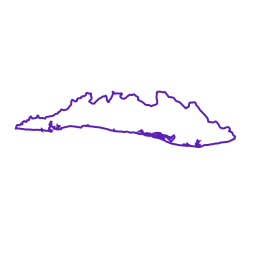 the State of Kerala, rotated 299°
{"feature_id": "IND-2442", "entity_name": "Kerala", "entity_type": "State", "adm_level": 1, "iso_a3": "IND", "parent_name": "India", "parent_adm1": "", "projection": "orthographic", "projection_center": [76.221, 10.533], "detail": "fine", "context": "isolated", "style": "outline", "palette": "violet", "viewbox_px": 256, "rotation_deg": 299, "n_neighbors": 0, "source": "natural_earth", "source_scale": "10m", "svg_char_len": 5839}
<svg xmlns="http://www.w3.org/2000/svg" viewBox="0 0 256 256"><g transform="rotate(299 128 128)"><path d="M88.8,62.8L88.3,63.0L88.2,63.2L88.3,63.4L87.6,62.8L87.3,61.9L87.1,60.4L85.5,56.7L85.0,54.6L85.3,52.9L84.8,53.0L83.9,54.0L83.9,53.0L83.6,52.0L82.9,50.3L80.2,45.6L79.8,44.3L79.1,43.5L78.8,42.2L77.5,40.2L74.3,31.9L73.2,30.2L75.1,29.6L76.1,29.6L76.9,29.7L77.3,30.2L77.7,31.7L78.2,32.1L79.6,32.3L79.5,33.0L79.8,33.5L80.5,33.7L81.5,33.0L82.1,33.0L83.7,33.9L83.8,34.0L83.6,35.1L83.8,35.7L84.2,36.2L84.5,36.3L85.4,36.0L85.8,36.0L86.7,37.2L87.3,37.6L87.8,37.6L88.5,37.0L89.1,36.9L91.0,37.5L90.7,38.4L90.1,39.1L90.0,39.6L90.2,40.2L90.7,40.8L91.4,41.8L91.9,42.1L92.6,43.1L92.8,43.2L94.6,42.8L95.0,42.9L95.2,43.2L94.9,44.0L94.1,44.7L94.0,45.0L93.9,46.1L94.2,46.7L95.2,48.0L96.0,50.9L97.6,51.0L98.3,51.6L102.3,56.4L103.0,57.0L104.3,57.3L105.3,57.9L106.3,59.3L106.5,59.5L107.7,59.3L109.4,60.4L110.0,60.6L111.2,60.5L111.9,60.8L112.3,62.6L112.6,63.4L113.5,64.5L114.2,65.2L114.9,65.7L116.3,66.2L118.1,66.3L120.5,66.9L121.4,66.8L123.0,65.9L124.5,65.4L125.3,65.4L125.6,65.6L125.7,66.0L125.7,69.1L126.4,69.9L127.1,70.1L128.1,69.6L129.3,69.8L130.1,70.5L131.3,72.3L131.8,72.4L132.5,72.1L133.2,72.3L134.5,74.0L135.4,74.8L136.9,75.1L138.1,74.7L138.5,74.8L138.8,75.0L139.1,75.8L139.3,77.6L140.1,78.7L140.0,79.2L138.7,79.6L138.2,79.9L137.2,81.3L136.7,81.7L135.7,81.9L135.0,81.9L133.6,81.3L132.5,81.2L132.1,82.0L132.3,83.1L132.0,84.4L132.5,85.9L133.1,86.7L135.1,87.0L139.7,88.5L141.4,89.8L143.0,90.4L143.4,90.8L144.3,92.2L145.4,92.8L145.1,93.9L142.5,95.8L141.2,97.4L141.1,98.2L141.4,98.5L142.2,98.6L143.4,98.2L145.4,98.8L149.7,98.5L150.6,98.2L152.1,97.1L152.3,97.2L152.3,98.3L151.8,99.3L151.7,100.0L152.0,100.5L153.0,101.5L154.2,104.5L155.1,105.3L155.1,105.6L154.9,106.0L154.2,106.3L152.6,105.8L152.2,105.8L151.7,106.1L151.3,106.8L151.0,108.1L151.3,109.5L151.8,110.5L152.4,111.0L153.1,111.4L155.2,112.0L157.8,113.3L158.9,115.7L160.1,116.5L160.4,117.2L159.9,119.4L159.8,121.7L159.3,122.3L158.8,122.6L157.8,122.8L157.5,123.1L157.5,123.7L157.7,127.2L157.5,129.5L157.1,130.8L156.9,132.2L157.3,133.6L158.2,135.1L158.3,135.6L158.2,137.3L158.4,137.8L160.1,139.1L161.8,140.9L163.3,141.6L164.6,141.2L166.1,140.2L168.4,138.1L170.9,137.1L172.4,136.3L173.4,136.0L174.3,136.7L175.6,138.9L175.9,140.6L176.2,141.2L176.4,141.6L177.1,142.1L177.2,142.4L177.1,143.7L174.9,148.5L174.9,148.8L175.6,150.2L176.5,153.0L176.5,153.4L176.3,154.1L175.1,156.4L175.0,157.0L175.0,157.5L175.5,160.2L175.5,161.0L173.4,168.3L173.3,169.0L173.6,169.4L175.0,169.9L175.8,170.7L176.6,170.7L178.6,169.8L180.0,169.7L180.5,170.2L181.1,171.6L182.5,173.2L182.8,173.8L182.7,174.9L181.3,176.3L179.9,180.1L178.8,181.9L176.3,189.8L175.3,192.3L174.4,193.6L172.5,195.1L172.6,195.8L174.1,199.8L175.9,201.1L176.3,201.7L175.5,204.6L173.2,208.1L173.1,208.5L173.5,210.9L174.2,212.1L176.2,213.7L177.0,214.6L177.4,215.4L177.4,215.9L176.8,217.2L175.9,218.0L175.1,218.4L174.5,217.9L174.3,217.9L174.3,218.9L174.7,220.6L174.2,221.7L173.3,222.8L172.8,223.7L172.6,224.2L172.6,225.5L172.1,226.0L171.7,226.1L170.6,226.0L170.2,226.4L165.2,222.8L163.8,221.2L160.2,216.2L157.9,214.0L157.3,212.6L154.2,209.0L153.7,208.0L152.2,206.6L150.6,204.0L150.0,203.1L146.2,200.0L145.6,199.0L145.8,198.5L146.3,198.5L146.9,199.4L147.6,199.2L148.9,198.5L147.2,198.7L146.8,198.2L146.9,197.7L147.7,196.6L148.2,196.4L150.5,196.7L149.5,195.8L151.0,195.2L151.0,194.9L150.5,194.7L149.9,194.8L149.4,195.1L148.9,195.8L148.3,195.7L147.3,195.2L147.0,195.5L146.5,196.8L146.2,197.3L145.9,196.7L146.4,196.1L146.5,195.4L145.8,195.9L145.4,196.4L145.2,197.0L145.3,197.9L144.9,197.5L144.6,196.9L144.3,195.1L143.7,194.2L143.2,192.8L142.0,190.2L142.1,189.1L142.4,190.1L142.7,190.1L142.9,187.7L142.5,188.0L142.4,188.6L142.1,188.6L141.2,185.9L140.6,184.5L140.0,184.4L140.1,184.9L141.4,188.2L141.5,188.8L141.2,188.8L137.8,181.0L135.5,173.6L134.7,167.5L134.9,166.4L134.1,159.8L133.0,156.5L132.7,156.1L132.3,153.5L132.9,153.0L133.7,153.6L134.4,154.5L134.6,155.4L134.4,155.6L133.4,155.3L133.2,155.4L133.3,156.5L133.6,156.8L134.1,157.1L134.4,156.2L134.6,156.8L134.5,157.5L134.2,158.3L135.0,158.1L135.2,157.7L134.9,157.1L135.4,156.7L136.7,164.6L137.0,164.6L137.1,163.4L136.7,160.6L137.0,159.5L136.1,158.1L135.9,157.5L136.4,157.1L137.6,159.5L137.6,161.6L138.0,163.9L138.4,164.7L139.1,165.5L139.0,166.2L138.2,167.9L137.3,171.8L137.5,172.4L140.5,173.1L140.9,173.0L141.9,173.4L142.7,173.1L143.8,171.8L141.5,170.5L140.6,170.9L139.7,170.3L140.2,169.2L140.0,167.3L140.0,165.3L139.8,164.5L139.5,164.1L139.1,164.3L139.1,162.5L138.5,160.8L138.7,160.1L139.2,159.2L139.1,158.3L137.8,155.8L137.6,155.1L135.9,153.5L135.5,152.9L134.8,153.5L134.1,152.4L133.7,150.7L133.9,149.8L133.1,149.3L132.7,146.9L132.3,146.9L131.9,146.6L131.4,145.4L131.0,146.3L132.0,148.5L132.1,150.3L132.6,152.0L131.9,151.4L131.4,150.3L130.0,146.8L130.1,145.1L129.8,144.6L129.8,143.9L131.8,142.8L132.3,142.2L132.5,141.6L132.5,140.9L131.7,141.1L131.0,139.9L130.5,139.6L131.1,141.1L131.1,141.9L130.8,142.7L130.0,143.1L129.5,142.9L128.7,141.8L128.1,140.0L127.3,136.4L126.7,134.6L125.1,132.5L124.4,128.9L124.0,128.2L122.5,126.6L122.1,124.9L119.5,119.6L119.2,118.5L118.8,117.9L118.7,117.4L118.9,117.2L119.6,116.5L118.3,116.0L117.6,114.2L117.0,110.6L114.9,103.3L111.1,94.0L110.6,93.1L110.5,92.5L111.0,92.2L111.1,91.9L110.8,91.3L110.2,91.5L109.7,90.9L109.1,89.2L108.3,87.9L107.8,87.3L105.7,86.8L105.4,86.3L105.0,84.7L104.2,83.5L104.3,82.9L102.0,77.2L101.0,75.7L95.6,69.7L94.5,70.0L94.3,69.4L93.2,68.2L92.5,66.7L93.3,66.6L96.5,67.3L96.5,67.0L95.9,66.6L95.7,66.2L96.2,64.9L95.6,65.1L94.8,65.9L94.3,66.1L93.5,66.0L92.9,65.7L92.3,65.2L91.3,63.6L91.4,63.3L92.8,63.4L93.4,63.2L93.2,62.8L92.4,61.9L92.4,61.2L92.3,60.7L92.6,59.7L93.2,59.1L93.8,59.5L95.7,58.1L96.3,58.1L96.3,57.5L95.7,57.3L94.5,57.8L93.2,57.5L92.3,58.4L91.7,58.7L91.2,59.3L89.6,59.0L88.9,59.4L88.8,62.8Z" fill="none" stroke="#5b21b6" stroke-width="2"/></g></svg>